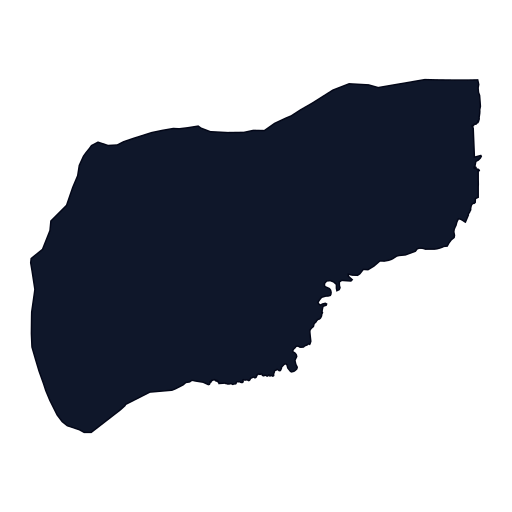 the district of Ifugao, Ifugao, Philippines
{"feature_id": "2640588B2684850326122", "entity_name": "Ifugao", "entity_type": "district", "adm_level": 2, "iso_a3": "PHL", "parent_name": "Philippines", "parent_adm1": "Ifugao", "projection": "mercator", "projection_center": [121.288, 16.824], "detail": "fine", "context": "isolated", "style": "filled", "palette": "ink", "viewbox_px": 512, "rotation_deg": 0, "n_neighbors": 0, "source": "geoboundaries", "source_scale": "gbopen_adm2", "svg_char_len": 5917}
<svg xmlns="http://www.w3.org/2000/svg" viewBox="0 0 512 512"><path d="M49.9,400.4L57.2,415.0L62.2,421.6L67.3,425.7L79.3,429.7L84.2,432.4L91.2,432.4L120.5,409.7L123.8,406.7L124.9,405.7L125.6,404.4L149.8,392.1L171.9,390.2L175.4,388.8L183.2,384.8L185.8,382.5L189.6,381.9L191.7,380.4L192.4,380.4L193.9,380.6L194.9,380.9L203.1,382.2L208.3,384.6L208.9,384.5L209.4,384.3L210.2,382.4L209.9,382.2L209.8,381.8L209.9,381.7L210.1,381.6L210.4,381.6L210.6,381.8L210.7,382.0L210.8,382.1L211.0,382.0L211.1,381.8L211.0,381.6L211.0,381.4L211.3,381.1L211.3,380.8L211.4,380.7L211.5,380.6L211.9,380.6L212.0,380.3L212.4,380.4L212.9,380.1L213.1,380.1L213.7,379.7L213.9,379.7L214.1,379.7L214.4,379.6L214.8,379.7L214.9,379.8L215.1,380.2L215.1,380.3L215.3,380.5L215.5,380.7L215.9,380.6L216.1,380.8L216.2,380.7L216.2,380.4L216.6,380.4L216.9,380.4L217.0,380.5L216.9,380.7L216.7,380.7L216.7,380.9L216.9,381.0L217.0,381.2L217.5,381.2L217.7,381.3L217.8,381.7L217.9,381.8L218.0,381.8L218.2,381.6L218.4,382.2L218.7,382.7L218.9,382.9L219.0,383.5L225.0,383.1L225.9,383.6L226.7,383.6L227.6,384.0L229.2,384.0L229.8,383.8L230.8,383.6L231.6,383.7L232.1,384.1L232.4,384.3L232.9,384.4L233.9,383.9L235.1,383.9L235.7,383.8L236.0,383.5L236.3,382.3L236.7,381.9L237.4,381.7L238.7,381.8L239.4,381.7L240.0,381.9L240.7,382.3L241.6,382.5L242.3,382.5L242.9,382.1L243.1,381.7L243.1,381.3L242.8,380.1L243.1,379.7L243.4,379.6L243.7,379.7L244.5,380.0L245.2,380.1L246.7,379.8L247.6,380.0L248.7,380.6L249.3,380.4L249.7,380.0L250.3,378.9L250.5,378.5L250.8,378.1L251.4,378.0L252.2,377.6L252.7,377.3L253.3,377.0L253.8,377.2L254.3,377.5L254.8,377.8L255.4,377.7L256.0,377.3L256.4,376.7L256.6,376.0L256.5,375.8L256.7,375.5L256.9,375.0L257.5,374.9L257.9,374.4L258.2,374.2L258.3,373.9L258.9,374.0L259.4,374.3L260.4,374.3L261.0,374.1L261.7,374.0L262.1,374.3L262.4,374.7L262.3,375.2L262.5,375.4L263.4,375.8L264.1,375.7L264.7,375.2L265.4,375.3L266.0,375.4L266.8,376.0L267.3,376.1L268.0,375.8L268.4,375.2L269.0,374.9L269.4,375.0L269.8,375.4L270.0,376.0L270.6,375.7L271.5,375.6L272.0,375.6L272.2,375.8L272.6,376.1L272.8,376.0L273.4,375.9L273.7,375.5L273.7,374.9L273.5,374.4L273.6,373.9L273.8,373.6L273.8,373.1L274.0,372.7L274.3,372.2L274.4,371.6L274.4,371.0L275.0,370.5L276.3,370.0L276.9,369.4L277.4,369.4L277.8,369.7L278.7,370.1L278.9,370.5L279.5,370.7L280.4,370.5L281.4,368.4L281.5,367.2L282.3,366.3L284.0,364.5L285.0,363.9L286.0,364.0L286.8,364.6L287.1,365.4L287.8,368.0L290.5,371.4L291.5,371.9L293.9,371.3L295.2,370.4L296.7,369.0L297.2,367.5L297.0,366.6L296.4,365.6L295.8,364.3L294.9,360.5L295.4,359.3L295.7,358.4L296.1,357.9L296.7,356.5L296.3,354.8L295.3,353.4L294.5,352.7L293.5,352.2L292.8,351.7L292.8,351.0L292.9,350.2L293.6,349.1L294.2,348.5L295.0,347.8L295.7,346.8L296.4,346.2L297.7,346.1L298.9,346.5L300.0,347.2L301.6,347.2L303.5,347.0L304.3,346.2L305.5,345.5L306.5,345.2L307.5,344.7L308.7,343.7L309.7,344.3L310.1,343.5L310.8,341.3L310.1,334.9L309.8,331.6L310.1,329.8L311.5,328.1L313.4,326.5L313.7,325.2L314.1,323.6L314.9,322.9L315.8,322.1L316.4,321.2L316.6,320.6L317.3,320.1L318.1,319.3L319.2,319.1L320.0,318.5L320.7,317.7L321.1,316.8L321.4,316.3L321.6,315.5L321.7,314.5L322.0,313.6L322.5,312.7L322.4,312.4L321.8,312.6L321.7,312.2L321.8,311.6L322.1,310.8L322.3,309.5L323.0,306.3L326.2,305.2L326.6,304.0L325.3,303.3L322.7,303.9L320.3,305.1L318.9,304.1L317.9,302.4L319.5,299.9L321.6,297.3L325.7,296.1L328.2,296.0L330.3,295.4L330.9,294.2L331.1,292.3L330.6,290.2L329.4,288.6L327.0,287.5L324.7,286.5L324.4,283.6L326.6,281.0L330.2,280.6L333.6,281.9L336.4,284.4L336.4,288.3L336.9,290.7L339.2,289.6L340.0,287.7L339.4,285.5L339.3,282.0L341.7,280.4L350.9,281.0L352.2,279.7L348.3,276.2L348.3,274.2L352.2,275.1L357.6,275.3L359.8,273.8L363.3,269.4L368.0,269.7L373.9,266.1L379.8,261.0L382.4,261.0L384.2,261.1L388.6,260.3L391.0,259.5L392.7,258.7L396.6,256.1L399.0,255.5L405.4,254.9L415.4,251.2L417.2,248.8L419.2,248.2L421.5,248.2L423.1,248.4L425.6,249.2L426.8,249.1L431.0,249.1L432.2,249.1L434.6,249.1L436.9,248.8L439.9,248.0L442.4,247.1L443.8,246.4L447.2,246.1L448.9,243.0L451.2,239.9L454.1,237.5L454.5,235.4L453.8,231.8L454.2,229.2L455.4,226.4L455.9,225.6L456.7,222.5L457.4,220.7L457.9,219.9L458.2,219.2L458.7,218.7L460.8,219.3L462.9,220.5L464.6,221.7L465.4,222.1L468.4,215.0L468.3,213.9L469.4,212.5L469.9,211.3L470.7,209.8L470.6,208.8L471.0,206.5L471.7,204.5L473.2,203.3L474.2,203.3L475.2,202.4L475.4,198.6L478.2,197.3L478.2,191.8L478.2,190.2L478.2,186.7L478.3,184.2L478.2,179.3L478.2,177.0L478.2,174.9L478.2,170.7L478.9,170.8L479.3,170.6L479.2,170.2L478.5,169.5L477.8,169.1L477.5,169.4L477.3,169.5L476.8,169.4L476.3,168.8L476.0,168.6L476.0,168.1L476.0,167.4L475.6,167.1L475.3,167.0L474.8,167.4L474.7,167.9L474.4,168.3L474.0,168.0L474.1,167.1L475.0,165.7L475.8,161.6L476.0,161.3L478.3,160.1L480.3,158.1L481.3,156.3L480.8,155.5L474.4,157.2L473.2,128.1L471.9,126.2L472.3,125.9L472.5,126.0L472.4,125.5L472.7,125.4L473.0,125.4L473.4,125.5L473.4,125.2L473.7,125.2L473.9,124.8L474.0,124.4L474.2,124.1L474.4,124.0L474.7,124.2L475.5,124.2L475.5,123.9L475.9,123.8L476.2,123.9L476.5,123.6L476.5,123.2L477.7,122.7L477.7,121.8L477.7,121.4L478.3,121.8L478.5,121.4L479.2,119.0L479.1,117.5L479.7,113.4L479.8,111.2L479.7,109.8L480.4,106.3L479.6,95.5L478.5,92.4L478.1,87.9L478.7,84.5L477.7,79.9L467.0,80.1L455.8,80.1L436.3,79.9L424.8,79.6L378.2,87.6L368.6,84.9L349.1,83.8L332.9,90.1L312.0,103.3L300.8,109.7L291.2,115.9L285.9,118.1L274.6,123.4L264.8,130.3L264.2,130.6L253.3,130.4L243.9,132.4L227.5,132.6L210.3,131.7L200.9,128.1L198.2,126.1L187.5,127.8L179.2,128.8L173.3,128.5L162.3,130.4L151.7,132.6L134.0,138.2L123.7,141.7L117.2,145.0L108.0,145.5L98.0,142.2L91.5,145.6L89.5,148.4L86.0,152.7L83.5,156.2L79.3,165.4L77.7,175.7L72.8,187.3L66.6,205.3L50.9,221.0L50.0,230.5L42.5,249.4L31.2,258.5L30.7,262.8L32.1,271.1L34.9,289.4L34.1,295.2L31.7,312.0L31.6,316.2L31.4,333.6L31.9,345.3L32.0,347.1L35.5,359.2L39.0,370.9L43.6,383.8L45.8,390.6L49.9,400.4Z" fill="#0f172a" stroke="#020617" stroke-width="1.5"/></svg>